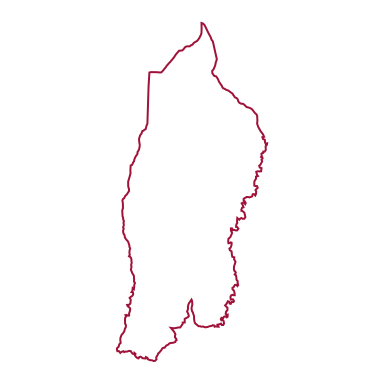 the district of Campo Alegre de Goiás, Goiás, Brazil
{"feature_id": "56859067B15808478056218", "entity_name": "Campo Alegre de Goiás", "entity_type": "district", "adm_level": 2, "iso_a3": "BRA", "parent_name": "Brazil", "parent_adm1": "Goiás", "projection": "equal_earth", "projection_center": [-47.758, -17.534], "detail": "fine", "context": "isolated", "style": "outline", "palette": "rose", "viewbox_px": 384, "rotation_deg": 0, "n_neighbors": 0, "source": "geoboundaries", "source_scale": "gbopen_adm2", "svg_char_len": 6024}
<svg xmlns="http://www.w3.org/2000/svg" viewBox="0 0 384 384"><path d="M264.1,136.8L263.0,134.3L260.6,131.2L258.2,126.8L257.1,123.6L257.4,120.6L257.2,116.4L256.6,114.5L255.0,113.1L253.9,111.7L252.9,110.3L251.5,108.8L249.2,107.7L246.5,107.0L244.7,105.1L243.1,103.8L242.2,103.8L240.6,103.5L239.4,102.8L238.5,101.7L237.4,98.7L236.0,97.8L234.8,97.3L234.0,95.8L233.3,95.1L232.7,93.8L228.2,90.5L226.2,89.8L224.6,88.8L223.1,88.2L222.2,86.9L221.6,85.5L219.1,81.9L217.9,79.0L216.2,76.4L214.2,75.9L212.3,73.1L212.2,70.9L213.6,69.2L214.7,66.7L215.2,65.4L215.8,62.3L216.4,60.8L216.8,59.1L212.8,41.3L211.5,39.7L210.8,37.4L208.6,33.4L206.0,28.0L204.6,25.2L203.0,23.5L201.5,23.0L201.6,28.3L201.5,32.7L201.1,34.4L199.4,37.9L198.5,39.2L197.3,40.8L193.9,42.8L192.4,44.7L190.9,45.3L189.8,46.3L187.5,46.3L185.7,46.7L184.9,47.4L183.4,49.4L182.1,50.5L179.1,50.7L175.9,54.4L173.9,57.5L173.1,58.4L172.3,59.5L171.4,60.4L170.7,61.5L169.2,62.9L166.3,66.3L165.7,67.4L164.4,68.8L163.4,70.2L161.4,72.3L160.3,72.5L159.1,72.4L157.0,72.2L151.1,72.1L149.4,72.5L148.6,85.8L148.5,88.4L147.4,123.7L146.5,125.7L145.7,129.1L144.4,129.8L143.6,130.6L142.3,131.1L141.5,133.6L140.2,135.2L139.6,137.0L139.0,139.0L139.3,142.2L139.7,144.3L139.7,145.9L139.4,148.0L138.7,150.2L137.5,152.1L137.5,153.6L137.0,154.7L136.2,155.6L135.0,157.7L134.3,159.7L134.0,161.4L133.1,162.4L132.7,163.7L131.9,165.0L130.7,165.4L130.4,169.8L130.4,171.7L130.6,173.0L129.4,177.5L128.5,180.5L128.1,181.8L128.2,183.2L128.2,186.3L128.9,188.8L129.1,190.9L126.7,194.6L125.7,195.5L125.0,196.3L124.2,198.2L123.0,199.0L122.4,200.3L122.6,201.8L122.9,203.8L122.9,206.6L123.0,208.2L122.5,209.4L122.2,211.3L122.4,212.7L122.5,215.9L123.0,217.5L123.3,219.8L123.9,221.0L123.5,222.9L123.8,224.4L123.7,225.7L123.1,227.4L123.7,228.6L123.2,230.3L123.1,231.8L123.6,233.8L124.4,234.7L124.9,237.4L125.9,239.1L128.0,241.5L128.7,243.3L129.3,245.2L129.5,247.1L130.2,248.5L129.7,249.9L129.5,251.4L129.4,252.8L129.8,254.8L129.0,256.3L130.2,256.9L131.2,258.2L131.7,262.9L131.1,265.0L131.5,266.8L130.9,269.8L131.7,271.6L132.4,273.4L133.8,275.5L134.0,277.7L134.1,279.4L134.0,281.6L135.0,282.9L134.3,284.7L134.2,286.8L133.9,289.1L132.7,288.1L132.4,290.9L131.6,292.1L132.9,292.3L133.2,294.1L132.7,295.4L131.8,296.3L130.7,296.9L129.6,297.9L130.7,299.5L130.6,301.1L130.4,303.4L129.3,304.7L127.2,304.9L127.7,306.2L129.1,307.3L130.1,308.3L130.2,309.9L129.7,311.6L129.1,313.5L129.1,315.5L128.0,315.7L126.7,314.9L125.5,315.1L126.1,316.4L125.1,317.9L125.0,320.6L125.1,323.7L125.9,325.0L125.8,327.2L124.9,328.8L124.3,331.3L123.1,333.2L121.6,334.8L120.4,338.0L120.3,340.2L120.7,342.9L119.6,343.9L119.0,345.0L118.7,346.7L117.1,348.1L116.9,349.5L117.4,351.2L118.9,351.1L120.3,352.9L121.1,352.1L122.3,351.6L123.4,351.2L124.2,352.1L125.2,351.6L127.0,351.6L129.1,350.9L130.7,351.1L131.5,352.4L132.6,353.7L134.2,354.2L134.4,352.9L135.5,353.8L135.0,355.4L135.8,356.7L137.3,358.0L138.5,358.4L139.3,357.0L140.3,356.7L141.3,357.1L142.6,358.2L144.4,358.4L145.7,358.5L145.9,357.1L147.4,357.8L148.1,359.3L149.3,359.9L150.6,360.2L152.0,360.3L153.7,361.0L155.0,360.9L156.5,359.3L156.2,357.3L157.5,355.3L158.3,353.3L159.3,352.6L160.2,351.4L161.2,350.3L162.4,348.3L163.4,347.7L164.6,347.8L165.4,346.7L166.3,345.5L168.0,344.8L169.4,343.4L170.3,343.1L171.4,342.9L172.6,342.9L173.9,342.5L175.3,342.0L175.7,340.6L176.6,340.1L176.2,338.8L175.0,337.3L175.0,336.0L175.4,334.1L174.0,331.6L172.3,329.6L170.9,327.9L173.0,328.2L174.8,328.2L178.2,327.5L180.3,327.4L182.7,323.8L182.7,322.6L184.7,322.5L184.7,318.9L185.7,318.3L188.0,317.1L188.8,316.2L188.6,314.9L187.7,312.7L187.1,311.6L188.0,309.0L187.9,306.9L188.5,304.2L189.2,302.9L191.5,299.6L192.1,301.0L192.3,304.0L192.2,305.3L191.7,307.1L191.5,308.7L192.1,311.3L192.8,312.3L194.1,316.4L194.0,317.9L194.3,320.6L194.7,322.3L195.2,323.4L198.6,326.2L200.0,326.2L201.3,326.7L203.1,326.5L205.1,327.3L206.9,327.1L208.0,326.8L209.4,326.3L211.8,325.8L212.7,325.2L214.1,325.5L214.6,326.7L215.6,326.3L217.4,326.7L218.5,326.7L217.5,324.7L219.3,324.3L221.0,323.6L221.7,325.0L223.2,325.0L224.0,323.7L223.7,321.2L222.6,319.7L221.4,320.3L220.8,319.2L221.5,317.8L223.0,318.3L224.0,316.7L225.6,316.4L226.8,317.4L227.6,316.7L227.7,314.6L226.7,314.8L225.7,314.0L226.0,311.8L227.4,310.2L227.4,307.6L226.4,306.8L225.1,305.4L226.8,303.5L227.8,301.3L229.2,301.7L229.6,303.5L230.7,303.9L231.6,302.0L233.3,302.1L234.0,301.1L232.9,299.3L232.0,299.4L230.8,299.6L230.4,297.1L231.1,295.4L232.4,294.8L233.4,295.2L234.7,295.2L234.5,292.7L233.8,290.4L232.6,289.5L232.4,287.9L233.8,286.9L234.8,285.0L236.2,284.8L237.4,286.1L238.2,285.1L237.6,282.7L237.7,281.1L236.5,279.7L236.4,277.9L236.0,275.3L234.7,274.5L235.8,272.6L235.3,271.5L234.3,270.8L233.9,269.3L234.0,266.6L235.5,261.9L234.1,259.2L234.3,257.3L232.3,256.8L231.9,254.8L231.6,251.4L229.9,250.3L229.4,248.5L230.3,247.9L231.1,246.6L231.6,244.3L231.6,242.7L230.7,242.4L229.3,243.2L228.4,243.2L228.2,241.5L228.4,238.9L230.4,237.0L231.4,234.7L232.1,232.9L230.9,230.6L230.9,228.4L232.0,228.4L232.8,230.2L233.9,229.8L235.0,230.2L236.1,230.5L237.3,230.3L238.4,228.6L237.1,227.0L236.1,226.9L236.2,225.3L236.5,224.1L237.3,222.9L237.0,221.5L237.3,218.0L239.3,219.7L240.2,218.7L241.3,218.0L242.7,218.8L244.3,218.7L245.4,217.1L244.4,212.8L243.3,211.7L242.4,211.0L241.4,210.8L241.4,209.5L242.1,207.7L243.5,207.3L242.9,205.3L241.7,203.3L243.4,202.4L244.5,203.2L245.2,204.1L245.7,203.0L244.5,201.0L243.6,200.2L243.7,198.7L246.7,197.0L248.0,197.0L249.5,197.4L252.1,196.4L252.8,194.2L254.0,194.1L255.3,195.5L256.0,193.9L256.2,191.4L255.5,190.1L256.5,188.9L257.7,187.9L257.1,186.1L255.5,186.1L254.3,185.6L254.3,182.8L254.4,181.3L256.0,178.7L256.0,176.6L257.9,176.0L257.1,175.0L256.5,173.0L256.3,171.7L257.6,171.3L259.6,171.4L261.1,171.3L261.3,169.8L261.5,168.1L259.7,167.5L259.2,165.7L260.4,164.7L262.2,161.2L261.5,159.7L262.6,158.4L262.3,157.2L261.1,157.0L261.7,155.6L261.4,153.8L262.2,153.1L263.2,152.9L263.3,151.6L264.6,151.7L265.8,150.0L265.6,146.3L266.9,144.8L267.1,143.4L265.7,143.9L265.0,142.1L264.8,139.7L263.1,139.1L262.4,137.2L264.1,136.8Z" fill="none" stroke="#9f1239" stroke-width="2"/></svg>